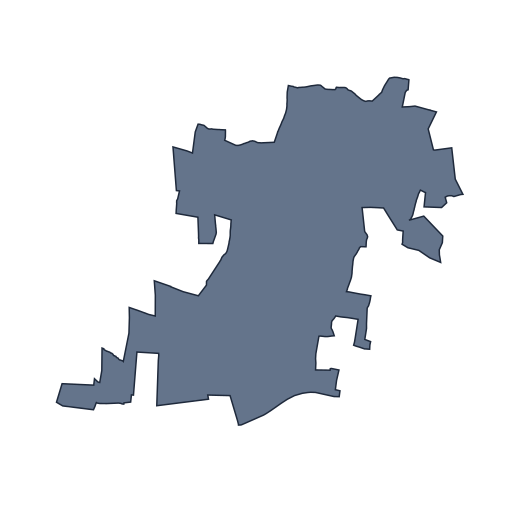 the district of Dzitás, Yucatán, Mexico, rotated 355°
{"feature_id": "50627088B32826565100822", "entity_name": "Dzitás", "entity_type": "district", "adm_level": 2, "iso_a3": "MEX", "parent_name": "Mexico", "parent_adm1": "Yucatán", "projection": "orthographic", "projection_center": [-88.529, 20.833], "detail": "fine", "context": "isolated", "style": "filled", "palette": "slate", "viewbox_px": 512, "rotation_deg": 355, "n_neighbors": 0, "source": "geoboundaries", "source_scale": "gbopen_adm2", "svg_char_len": 6081}
<svg xmlns="http://www.w3.org/2000/svg" viewBox="0 0 512 512"><g transform="rotate(355 256 256)"><path d="M51.7,366.3L44.5,384.3L50.4,388.5L80.7,395.0L81.4,393.7L82.5,391.7L83.0,390.5L83.5,389.4L84.2,388.1L84.8,388.6L85.5,388.8L87.4,389.3L94.5,390.0L106.1,390.5L108.0,390.9L108.8,391.2L109.7,391.7L111.4,392.0L111.7,390.8L118.4,390.6L119.8,383.5L121.8,383.9L129.0,341.3L150.5,344.5L150.5,346.3L149.6,351.4L144.1,396.5L196.2,394.5L195.8,390.3L203.7,391.2L218.0,392.8L223.3,418.7L223.8,421.9L223.8,422.9L226.2,423.0L226.8,422.9L231.3,421.4L240.4,418.3L246.5,416.2L249.2,415.3L250.2,414.9L252.7,413.7L257.9,410.9L268.1,405.0L274.6,401.5L282.2,398.4L290.3,396.8L295.5,396.5L298.6,396.5L303.4,397.1L321.4,402.8L326.6,403.4L327.9,397.6L323.4,396.1L325.4,387.0L328.7,376.8L321.3,374.6L320.2,374.7L319.9,376.2L305.4,374.7L306.3,367.9L306.4,363.4L307.1,358.6L311.7,341.4L313.5,341.4L314.7,341.7L315.9,341.9L317.2,342.2L319.7,342.5L321.0,342.5L324.3,342.3L327.0,342.3L326.0,338.1L325.7,337.2L325.5,336.4L325.1,335.7L324.7,334.7L324.6,333.8L324.8,332.7L325.2,330.8L325.4,329.4L325.5,328.6L326.1,327.2L328.2,325.2L329.6,323.5L330.2,322.7L335.4,324.1L342.1,325.4L345.7,326.3L352.2,328.0L347.6,346.6L346.6,350.4L345.5,353.4L348.0,354.6L351.1,355.8L356.0,358.0L357.6,358.2L361.1,358.8L361.7,354.5L362.7,351.3L357.1,348.6L359.8,337.8L360.2,332.9L362.2,317.7L362.7,316.8L363.8,315.4L365.2,311.9L365.9,309.7L366.5,307.2L367.0,305.7L360.8,304.0L356.9,303.1L349.4,301.0L345.6,299.9L343.0,299.4L344.1,297.1L344.3,296.2L346.2,292.3L346.5,291.6L347.0,290.5L347.4,289.7L347.8,288.9L349.1,285.8L349.4,284.8L349.6,283.8L349.8,283.1L350.2,281.3L350.3,280.1L350.6,278.3L351.2,274.8L351.6,273.0L352.2,269.6L353.1,266.5L353.7,265.3L355.4,263.3L355.8,262.9L357.1,261.1L357.5,260.5L357.8,259.9L358.6,258.9L359.3,257.9L359.7,256.9L360.6,256.2L361.0,255.8L362.1,255.9L365.3,256.3L366.4,256.4L366.6,255.1L366.8,253.5L367.1,251.4L367.6,249.3L368.2,248.3L368.9,246.6L368.5,244.6L366.7,241.6L366.4,241.0L365.9,217.0L374.2,217.5L381.0,218.4L387.3,219.3L390.9,226.5L399.0,242.3L404.8,244.0L403.9,249.7L403.4,253.3L403.3,255.2L402.5,257.0L408.0,261.0L418.7,264.6L428.9,273.0L439.4,278.5L439.1,274.3L438.8,270.9L439.1,265.8L442.8,259.0L443.8,252.4L426.6,230.9L411.5,233.7L413.5,232.7L413.9,231.7L414.8,230.4L415.7,228.8L416.2,227.4L416.6,226.0L417.0,224.9L417.5,223.7L417.8,222.5L418.3,221.2L419.0,219.0L419.4,217.8L420.3,215.6L420.5,214.7L421.0,213.6L422.1,211.3L422.8,209.6L423.3,208.2L424.3,206.8L425.0,205.5L425.5,204.7L427.2,205.7L428.3,206.4L428.9,206.8L430.4,207.6L427.7,221.7L445.1,223.9L450.6,219.6L449.6,213.9L451.0,213.3L452.0,212.9L453.4,212.8L454.3,212.8L456.3,213.0L458.3,214.0L464.8,212.7L465.9,212.6L467.5,212.6L461.2,196.8L460.4,165.3L443.3,166.1L442.0,165.7L438.6,144.4L448.3,128.2L442.3,126.0L442.0,125.6L441.5,125.7L427.5,120.5L421.9,120.6L414.7,120.3L418.9,106.1L420.5,104.1L422.0,103.7L423.7,93.8L423.0,93.5L422.8,93.3L421.8,93.2L421.2,92.8L419.4,92.2L418.0,92.3L415.2,91.2L412.3,90.4L409.2,90.0L405.0,90.4L404.6,90.4L403.5,91.4L400.9,94.9L399.6,96.6L398.8,97.7L396.6,101.4L396.3,102.0L395.5,103.8L393.7,105.2L392.8,105.8L392.4,106.3L391.6,106.9L389.3,108.7L385.3,111.8L382.5,111.3L380.9,111.2L379.1,111.5L378.2,111.4L376.1,110.3L374.5,109.2L372.8,107.6L369.9,104.8L369.4,104.2L368.8,103.3L368.1,102.6L367.0,101.6L365.9,100.5L365.2,99.9L364.4,99.5L363.5,99.2L362.3,98.6L361.9,98.2L361.4,97.4L360.5,96.5L359.8,96.1L358.6,95.8L353.4,95.4L352.4,95.2L350.8,94.9L350.4,95.4L350.2,96.3L349.1,97.2L348.1,97.0L347.3,97.0L344.8,96.6L342.2,96.3L340.2,95.9L339.3,95.6L338.4,94.7L338.0,94.2L337.0,93.4L335.5,91.8L334.8,91.4L333.0,91.1L332.2,91.0L328.3,91.2L325.5,91.3L321.6,91.8L320.6,91.9L318.7,92.0L316.7,91.9L314.6,91.9L313.5,91.8L312.1,92.1L310.2,91.4L309.6,91.2L309.0,91.1L308.3,90.7L307.8,90.3L306.2,90.0L303.1,89.0L302.4,91.7L301.9,93.5L301.4,95.4L300.8,100.5L300.7,101.7L300.7,102.9L300.3,105.8L300.1,106.8L299.9,109.3L299.3,112.1L299.0,113.2L297.9,116.3L296.7,118.6L295.7,121.0L294.9,122.4L294.4,123.2L293.5,124.7L292.7,126.4L291.7,128.3L291.0,129.5L290.3,130.7L289.4,132.5L288.8,133.7L288.4,134.2L288.1,135.2L284.1,144.3L272.3,143.8L271.3,143.8L269.5,143.5L267.8,143.3L266.5,142.7L265.7,142.1L264.5,141.5L262.3,140.9L261.6,141.1L260.1,141.1L259.3,141.5L258.1,142.0L257.5,142.1L256.0,142.4L254.8,142.9L254.2,142.8L253.3,143.1L252.2,143.5L250.2,144.0L247.7,144.3L246.6,144.1L245.7,144.1L234.9,138.0L235.5,136.2L235.9,134.5L236.5,128.6L236.5,127.7L234.9,127.5L231.2,127.0L230.5,126.8L229.1,126.7L223.9,125.9L223.1,125.5L221.2,125.5L219.9,125.3L218.7,124.6L216.8,122.6L215.5,121.3L213.0,120.5L211.6,119.9L209.8,119.6L208.1,123.2L206.3,127.1L201.7,147.9L196.4,145.3L182.8,140.1L182.4,183.9L185.5,184.5L184.4,187.8L183.2,191.5L182.8,192.6L182.1,193.5L181.8,194.0L181.6,195.7L181.6,196.8L181.4,198.0L181.1,199.9L180.6,202.9L180.1,206.6L201.5,212.3L200.7,228.6L200.5,231.6L200.3,233.0L200.4,234.2L200.4,235.6L200.3,236.3L200.1,238.5L214.1,239.8L214.8,237.8L216.0,235.3L218.1,230.7L218.5,229.1L218.5,225.6L218.5,224.4L218.4,223.5L218.5,222.3L218.4,220.1L218.4,211.4L234.5,217.9L234.3,218.7L234.0,220.6L233.8,221.6L233.7,222.6L233.4,224.8L233.2,225.7L233.1,226.3L232.9,227.0L232.6,228.5L232.4,230.0L232.1,233.4L231.7,235.3L230.9,238.2L230.6,238.9L230.3,240.4L230.1,241.2L228.6,245.8L228.3,246.7L227.9,247.8L227.4,249.0L226.7,250.0L226.0,250.9L225.1,251.5L224.2,252.0L222.0,254.2L221.5,255.1L220.4,257.2L219.7,257.9L219.3,258.6L217.8,260.5L216.3,262.4L206.5,274.9L205.1,276.2L204.5,276.9L204.1,280.7L195.1,290.6L180.3,285.2L168.3,279.2L168.4,278.9L152.5,271.8L152.3,286.2L150.4,307.0L144.1,304.9L134.8,300.5L125.2,296.2L124.5,306.5L122.7,321.8L114.6,349.5L114.1,348.9L113.7,348.7L112.5,348.2L111.9,347.8L111.2,347.7L110.7,347.3L110.2,346.8L109.7,345.7L108.6,345.2L108.0,344.6L107.7,343.8L107.0,343.6L106.4,343.0L105.7,342.9L105.4,342.6L104.9,341.4L103.7,340.2L102.8,340.0L101.9,339.0L100.7,338.6L99.8,338.0L99.0,337.9L98.1,337.1L96.5,336.1L96.2,335.6L96.3,335.1L94.6,334.3L92.4,356.7L89.3,368.4L87.8,367.9L86.9,367.0L84.4,364.2L83.1,370.5L51.7,366.3Z" fill="#64748b" stroke="#1e293b" stroke-width="1.5"/></g></svg>